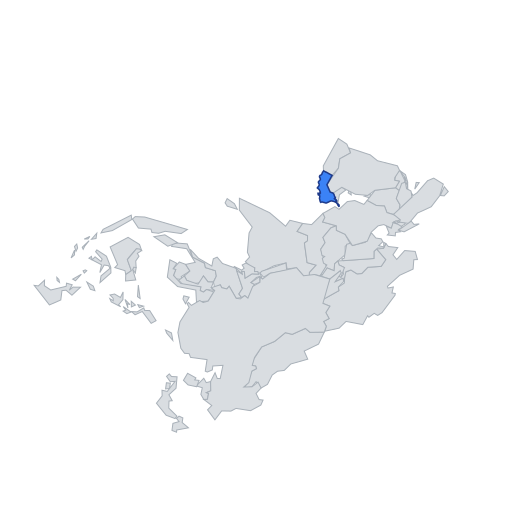 Oman on a map of Asia (Robinson projection), rotated 140°
{"feature_id": "OMN", "entity_name": "Oman", "entity_type": "country or territory", "adm_level": 0, "iso_a3": "OMN", "parent_name": "Asia", "parent_adm1": "", "projection": "robinson", "projection_center": [56.004, 21.502], "detail": "fine", "context": "in_parent", "style": "filled", "palette": "blue", "viewbox_px": 512, "rotation_deg": 140, "n_neighbors": 45, "source": "natural_earth", "source_scale": "50m", "svg_char_len": 15612}
<svg xmlns="http://www.w3.org/2000/svg" viewBox="0 0 512 512"><g transform="rotate(140 256 256)"><path d="M251.5,154.1L247.3,157.0L246.3,162.4L240.2,161.1L238.9,167.8L231.7,170.1L235.2,176.7L233.7,179.8L214.8,176.2L212.9,179.3L205.7,178.5L198.4,186.2L192.3,184.3L190.1,177.4L186.3,174.6L177.6,175.5L166.8,167.6L159.0,169.8L159.2,183.8L153.4,179.9L148.5,182.0L148.5,178.2L142.0,171.3L150.3,168.9L150.4,162.9L138.6,164.6L131.1,157.2L134.6,149.5L137.5,151.7L144.1,145.0L158.4,148.9L174.8,148.3L175.5,146.6L170.7,144.0L175.6,140.3L173.4,137.8L174.7,136.6L195.9,131.6L201.0,132.3L202.3,136.1L208.9,136.5L208.9,138.5L218.3,134.8L229.1,148.0L238.7,147.3L251.5,154.1Z" fill="#d9dde1" stroke="#a8b0b8" stroke-width="1"/><path d="M159.2,183.8L159.0,169.8L166.8,167.6L177.6,175.5L186.3,174.6L190.1,177.4L192.3,184.3L197.2,186.2L205.2,180.1L203.7,183.0L212.0,185.4L208.2,188.1L204.6,187.9L204.6,185.1L200.5,186.0L198.3,190.5L195.7,190.3L198.1,195.7L196.5,199.6L167.3,178.3L162.6,183.7L159.2,183.8Z" fill="#d9dde1" stroke="#a8b0b8" stroke-width="1"/><path d="M445.7,351.3L444.8,376.1L442.0,373.0L433.5,373.4L437.2,369.3L435.1,361.9L420.9,354.8L418.6,357.0L415.3,352.1L421.1,349.8L416.2,349.8L410.5,344.9L422.2,344.3L423.5,351.9L426.9,354.2L433.8,347.8L445.7,351.3ZM390.9,375.3L388.9,380.0L385.6,380.4L387.5,376.8L390.9,375.3ZM422.3,367.7L422.1,364.8L423.5,362.1L424.1,365.1L422.3,367.7ZM367.7,325.5L365.8,329.0L371.6,337.9L367.6,338.3L361.9,356.7L342.0,352.5L337.8,339.7L340.1,333.7L343.0,338.4L354.1,336.7L356.9,335.9L360.9,324.9L367.7,325.5ZM401.5,354.3L410.2,353.1L411.3,356.1L401.5,354.3ZM398.0,355.8L395.7,355.1L395.1,353.5L398.5,353.3L398.0,355.8ZM401.7,333.0L404.3,337.0L402.3,344.8L400.0,337.5L401.7,333.0ZM378.0,336.3L392.6,335.9L387.5,340.4L375.7,340.4L375.2,343.3L378.1,346.7L386.3,343.7L380.0,348.6L385.4,361.7L382.3,361.5L384.0,358.4L379.8,358.8L378.2,351.4L375.9,352.5L376.1,362.4L374.0,363.0L370.7,352.0L374.5,340.7L378.0,336.3ZM376.7,379.4L370.7,377.8L373.8,377.1L376.7,379.4ZM374.0,375.0L381.0,373.6L384.1,372.2L383.5,374.4L374.0,375.0ZM367.3,372.2L371.3,374.6L363.3,375.8L367.3,372.2ZM327.7,363.8L349.7,367.8L359.9,373.3L356.0,374.7L325.3,367.5L327.7,363.8ZM319.2,344.1L328.1,353.0L326.9,363.7L323.2,363.8L316.2,357.4L291.5,320.4L298.9,321.3L309.7,333.3L316.0,336.0L320.6,340.9L319.2,344.1Z" fill="#d9dde1" stroke="#a8b0b8" stroke-width="1"/><path d="M391.2,377.2L394.3,373.5L398.9,373.4L391.2,377.2Z" fill="#d9dde1" stroke="#a8b0b8" stroke-width="1"/><path d="M94.7,214.3L91.6,219.7L90.9,228.7L89.2,222.2L92.3,215.1L94.7,214.3Z" fill="#d9dde1" stroke="#a8b0b8" stroke-width="1"/><path d="M97.4,210.8L92.4,215.0L97.0,209.3L97.4,210.8Z" fill="#d9dde1" stroke="#a8b0b8" stroke-width="1"/><path d="M93.6,217.7L91.4,221.6L92.5,217.1L93.6,217.7Z" fill="#d9dde1" stroke="#a8b0b8" stroke-width="1"/><path d="M93.6,217.7L104.2,213.9L105.3,218.6L98.1,221.1L101.1,224.9L94.6,229.9L90.9,228.7L93.6,217.7Z" fill="#d9dde1" stroke="#a8b0b8" stroke-width="1"/><path d="M144.7,248.8L152.7,249.3L160.1,243.2L156.0,255.5L146.1,253.5L144.7,248.8Z" fill="#d9dde1" stroke="#a8b0b8" stroke-width="1"/><path d="M142.2,246.8L142.0,244.1L143.8,241.6L144.8,245.1L142.2,246.8Z" fill="#d9dde1" stroke="#a8b0b8" stroke-width="1"/><path d="M131.1,226.6L134.6,232.3L128.6,230.2L131.1,226.6Z" fill="#d9dde1" stroke="#a8b0b8" stroke-width="1"/><path d="M105.3,218.6L104.2,213.9L111.5,209.9L112.8,202.6L117.7,198.6L123.9,199.5L127.8,205.1L125.5,211.7L131.4,217.4L135.2,227.1L122.6,229.9L105.3,218.6Z" fill="#d9dde1" stroke="#a8b0b8" stroke-width="1"/><path d="M315.3,294.8L316.3,287.0L326.5,288.3L327.9,285.7L331.8,289.7L331.7,294.2L326.2,297.2L327.7,299.5L318.6,300.7L315.3,294.8Z" fill="#d9dde1" stroke="#a8b0b8" stroke-width="1"/><path d="M323.7,286.8L316.3,287.0L315.3,294.8L306.7,290.2L304.4,306.1L314.5,317.6L311.2,319.6L300.9,309.5L305.3,295.9L300.1,283.6L302.2,279.6L296.6,270.9L299.3,266.1L305.3,263.4L309.4,267.0L309.1,274.5L316.0,271.4L321.3,274.8L324.7,281.9L323.7,286.8Z" fill="#d9dde1" stroke="#a8b0b8" stroke-width="1"/><path d="M330.9,287.1L323.7,286.8L324.7,281.9L318.5,271.7L309.1,274.5L309.4,267.0L305.3,263.4L310.6,260.5L309.8,256.1L315.4,262.1L319.4,262.1L321.0,265.4L318.1,267.8L330.3,280.6L330.9,287.1Z" fill="#d9dde1" stroke="#a8b0b8" stroke-width="1"/><path d="M305.3,263.4L299.3,266.1L296.6,270.9L302.2,279.6L300.1,283.6L305.3,295.9L302.1,303.4L301.5,291.2L296.3,276.7L290.5,281.3L286.5,280.1L286.5,271.8L279.2,259.4L287.1,239.9L293.5,237.9L293.7,233.4L298.4,236.3L296.0,250.1L299.5,249.5L302.6,253.7L301.9,256.9L308.3,257.9L305.3,263.4Z" fill="#d9dde1" stroke="#a8b0b8" stroke-width="1"/><path d="M321.4,301.3L327.7,299.5L326.2,297.2L331.7,294.2L331.3,283.3L318.1,267.8L321.0,265.4L319.4,262.1L315.4,262.1L311.5,255.6L321.6,252.2L331.1,259.1L324.0,268.6L335.7,283.0L337.5,296.8L324.4,308.5L321.4,301.3Z" fill="#d9dde1" stroke="#a8b0b8" stroke-width="1"/><path d="M388.2,179.7L387.2,185.4L381.8,189.6L385.3,194.9L374.6,195.9L375.5,191.0L371.5,189.0L373.3,186.5L377.3,181.8L381.8,183.2L380.7,181.2L385.4,177.4L388.2,179.7Z" fill="#d9dde1" stroke="#a8b0b8" stroke-width="1"/><path d="M379.6,197.3L385.5,194.0L390.9,200.9L391.5,207.4L383.8,210.1L380.4,201.2L382.6,200.5L379.6,197.3Z" fill="#d9dde1" stroke="#a8b0b8" stroke-width="1"/><path d="M252.6,153.8L264.7,148.3L280.2,152.2L282.7,143.7L298.7,150.9L307.9,150.2L313.6,153.9L320.1,154.4L329.7,150.3L337.0,151.6L336.7,159.7L343.2,158.4L349.5,162.2L333.1,170.5L328.0,169.4L327.0,171.9L329.2,174.6L325.7,177.9L310.1,182.7L296.6,178.6L282.8,178.4L278.6,172.7L264.7,168.8L263.7,162.8L252.6,153.8Z" fill="#d9dde1" stroke="#a8b0b8" stroke-width="1"/><path d="M293.7,233.4L293.5,237.9L287.1,239.9L280.3,257.2L278.2,251.1L276.9,253.6L274.9,251.6L278.6,246.0L270.5,244.9L265.7,240.4L264.7,243.0L267.2,245.0L264.6,247.8L266.7,248.8L267.8,258.5L261.6,259.3L260.2,264.4L246.5,278.1L240.3,280.6L239.3,301.8L231.6,310.9L217.7,280.3L214.2,259.8L207.1,261.6L199.3,250.9L208.7,248.4L203.4,238.5L206.8,234.5L210.6,234.8L221.1,218.1L215.8,210.3L225.7,209.0L228.5,205.8L232.3,210.3L232.5,221.0L240.5,226.1L237.5,231.4L248.3,236.9L264.0,240.5L265.8,234.1L266.4,237.9L269.5,239.3L276.9,238.9L275.5,235.3L289.3,228.9L290.1,232.9L293.7,233.4Z" fill="#d9dde1" stroke="#a8b0b8" stroke-width="1"/><path d="M278.2,251.1L279.6,262.4L276.0,254.4L272.9,254.3L272.4,258.0L268.2,257.1L264.6,247.8L267.2,245.0L264.7,243.0L265.7,240.4L270.5,244.9L278.6,246.0L274.9,251.6L276.9,253.6L278.2,251.1Z" fill="#d9dde1" stroke="#a8b0b8" stroke-width="1"/><path d="M275.5,235.3L276.9,238.9L266.4,237.9L269.9,233.3L275.5,235.3Z" fill="#d9dde1" stroke="#a8b0b8" stroke-width="1"/><path d="M263.8,234.9L264.0,240.5L261.3,240.6L237.5,231.4L241.8,225.2L256.3,233.7L263.8,234.9Z" fill="#d9dde1" stroke="#a8b0b8" stroke-width="1"/><path d="M228.5,205.8L225.7,209.0L215.8,210.3L221.1,218.1L210.6,234.8L206.8,234.5L203.4,238.5L208.7,248.4L199.3,250.9L193.2,244.3L177.3,245.6L178.5,241.2L183.1,239.2L175.0,227.5L180.5,229.4L192.8,227.2L194.5,221.8L202.1,219.6L209.3,202.0L219.6,199.6L223.2,204.3L228.5,205.8Z" fill="#d9dde1" stroke="#a8b0b8" stroke-width="1"/><path d="M186.8,199.7L200.8,199.5L205.6,194.5L209.2,201.1L213.5,198.2L219.6,199.6L207.5,203.6L208.9,207.1L206.7,211.6L203.7,211.5L205.1,214.0L202.1,219.6L194.5,221.8L192.8,227.2L180.5,229.4L175.0,227.5L177.9,224.0L173.8,215.4L175.8,205.2L181.4,206.2L186.8,199.7Z" fill="#d9dde1" stroke="#a8b0b8" stroke-width="1"/><path d="M196.5,199.6L198.1,195.7L195.7,190.3L204.6,185.1L205.9,187.8L201.2,190.5L214.3,190.9L218.9,198.5L209.2,201.1L205.6,194.5L200.8,199.5L196.5,199.6Z" fill="#d9dde1" stroke="#a8b0b8" stroke-width="1"/><path d="M205.2,180.1L212.9,179.3L214.8,176.2L233.7,179.8L214.3,190.9L201.2,190.5L201.4,188.3L212.0,185.4L203.7,183.0L205.2,180.1Z" fill="#d9dde1" stroke="#a8b0b8" stroke-width="1"/><path d="M148.5,182.0L153.4,179.9L157.6,183.9L162.6,183.7L167.3,178.3L192.3,196.4L192.3,198.7L189.9,197.6L179.0,206.7L175.8,205.2L175.4,202.0L163.4,196.2L152.7,199.4L152.6,192.7L149.0,188.6L149.7,185.4L155.3,185.1L152.3,180.7L149.4,184.4L148.5,182.0Z" fill="#d9dde1" stroke="#a8b0b8" stroke-width="1"/><path d="M135.2,227.1L131.4,217.4L125.5,211.7L127.8,205.1L122.3,196.4L122.2,190.9L128.4,193.5L134.5,190.3L137.9,197.9L143.0,200.6L152.4,200.2L161.2,195.8L175.4,202.0L173.8,215.4L177.9,224.0L175.0,227.5L183.1,239.2L178.5,241.2L177.3,245.6L163.8,243.1L162.4,238.4L151.1,239.0L144.7,235.0L140.2,226.2L135.2,227.1Z" fill="#d9dde1" stroke="#a8b0b8" stroke-width="1"/><path d="M94.2,216.5L97.4,210.8L95.5,206.2L98.5,200.8L116.3,199.2L112.8,202.6L111.5,209.9L97.7,218.0L94.2,216.5Z" fill="#d9dde1" stroke="#a8b0b8" stroke-width="1"/><path d="M129.6,193.4L120.9,187.7L120.9,184.6L127.0,185.6L129.6,193.4Z" fill="#d9dde1" stroke="#a8b0b8" stroke-width="1"/><path d="M123.9,199.5L98.5,200.8L96.4,204.6L96.7,201.4L92.1,200.9L76.1,203.4L69.8,201.4L66.3,190.7L76.6,184.1L90.1,181.1L104.7,185.1L118.0,182.7L124.4,189.8L122.2,190.9L123.9,199.5ZM67.3,181.8L73.2,181.1L75.9,183.8L67.2,188.1L67.3,181.8Z" fill="#d9dde1" stroke="#a8b0b8" stroke-width="1"/><path d="M246.0,312.6L245.5,316.6L241.2,318.5L238.9,310.0L240.3,303.8L246.0,312.6Z" fill="#d9dde1" stroke="#a8b0b8" stroke-width="1"/><path d="M336.9,271.9L333.7,267.4L340.7,264.7L339.6,270.0L336.9,271.9ZM214.3,190.9L235.2,176.7L231.7,170.1L238.9,167.8L240.2,161.1L246.3,162.4L247.3,157.0L252.6,153.8L263.7,162.8L264.7,168.8L278.6,172.7L282.8,178.4L296.6,178.6L310.1,182.7L322.4,179.2L329.2,174.6L327.0,171.9L328.0,169.4L333.1,170.5L342.9,163.6L349.6,163.5L343.2,158.4L335.5,158.1L337.0,151.6L344.3,150.7L345.9,144.0L343.2,141.1L348.1,138.7L359.6,141.0L369.3,152.1L374.9,153.3L381.9,159.4L392.8,156.9L392.0,169.3L386.0,169.9L388.2,179.7L385.4,177.4L380.7,181.2L381.8,183.2L377.3,181.8L371.5,189.0L362.4,192.9L364.4,187.1L362.2,185.1L351.6,193.5L359.8,199.5L362.7,196.8L367.9,198.4L368.9,200.4L360.1,208.1L371.3,220.4L370.0,224.2L373.3,227.4L372.9,233.6L365.0,247.6L356.6,254.4L340.2,259.7L339.5,263.7L337.6,263.9L337.2,259.7L327.7,258.1L326.4,254.3L321.6,252.2L309.8,256.1L310.6,260.5L301.9,256.9L302.6,253.7L299.5,249.5L296.0,250.1L298.4,236.3L295.5,233.2L290.1,232.9L289.3,228.9L278.1,234.8L269.9,233.3L266.3,237.1L265.8,234.1L256.3,233.7L232.5,221.0L232.3,210.3L223.2,204.3L214.3,190.9Z" fill="#d9dde1" stroke="#a8b0b8" stroke-width="1"/><path d="M374.0,244.8L374.0,254.3L372.9,257.5L370.2,251.4L374.0,244.8Z" fill="#d9dde1" stroke="#a8b0b8" stroke-width="1"/><path d="M129.7,181.7L134.0,184.4L136.4,181.9L141.9,187.7L139.3,188.0L137.0,195.1L134.5,190.3L129.6,193.4L126.9,189.1L125.2,184.0L129.9,184.7L129.7,181.7ZM128.4,193.5L126.3,193.0L124.4,189.8L127.3,190.7L128.4,193.5Z" fill="#d9dde1" stroke="#a8b0b8" stroke-width="1"/><path d="M110.3,175.7L127.0,179.3L130.3,184.2L114.7,182.9L114.7,178.7L110.3,175.7Z" fill="#d9dde1" stroke="#a8b0b8" stroke-width="1"/><path d="M377.8,294.7L374.4,289.9L378.5,291.4L377.8,294.7ZM384.3,306.9L383.8,299.8L385.2,302.1L387.5,298.5L384.3,306.9ZM392.3,304.1L396.4,313.9L395.4,317.4L394.1,313.5L392.6,315.4L392.9,320.0L388.8,317.8L386.5,311.4L380.9,313.9L386.0,308.1L392.6,307.0L392.3,304.1ZM372.9,301.0L364.8,309.4L372.1,297.9L372.9,301.0ZM379.6,271.8L378.8,286.6L386.4,288.7L387.1,293.5L383.0,289.6L375.3,288.4L376.3,285.9L372.5,282.5L374.1,270.7L379.6,271.8ZM380.7,301.5L379.9,295.9L384.2,297.1L380.7,301.5ZM392.0,294.9L393.2,299.2L390.6,298.2L390.2,302.6L387.8,293.4L392.0,294.9Z" fill="#d9dde1" stroke="#a8b0b8" stroke-width="1"/><path d="M307.6,316.7L317.3,320.2L321.8,336.4L312.2,330.8L307.6,316.7ZM367.7,325.5L360.9,324.9L356.9,335.9L343.0,338.4L340.7,336.2L340.1,333.7L345.2,334.3L345.8,331.0L351.3,329.5L355.3,324.1L359.1,324.9L363.5,314.9L372.0,320.7L367.7,325.5Z" fill="#d9dde1" stroke="#a8b0b8" stroke-width="1"/><path d="M359.4,320.5L359.1,324.9L356.8,326.0L355.3,324.1L359.4,320.5Z" fill="#d9dde1" stroke="#a8b0b8" stroke-width="1"/><path d="M427.2,191.8L426.9,207.2L417.8,209.2L414.3,213.6L411.0,209.3L398.6,212.0L402.5,214.8L401.9,221.3L398.2,221.4L398.2,218.0L394.1,214.2L402.3,206.1L411.9,205.7L413.2,199.0L415.9,200.8L420.6,195.5L419.5,184.2L422.5,183.5L427.2,191.8ZM428.6,173.7L430.1,172.1L432.5,176.4L427.2,181.2L421.4,178.6L421.3,182.7L417.9,182.8L416.1,179.0L419.6,175.9L418.2,167.8L428.6,173.7ZM403.4,213.6L407.5,210.1L410.7,212.3L406.1,216.5L403.4,213.6Z" fill="#d9dde1" stroke="#a8b0b8" stroke-width="1"/><path d="M146.0,268.8L149.6,277.8L146.5,281.8L117.4,293.1L114.5,283.3L117.3,274.2L129.3,276.6L136.4,270.3L146.0,268.8Z" fill="#d9dde1" stroke="#a8b0b8" stroke-width="1"/><path d="M91.0,229.3L99.4,226.8L101.1,224.9L98.1,221.1L105.3,218.6L122.6,229.9L131.5,230.6L140.2,239.4L146.1,253.5L156.6,254.6L158.2,257.3L155.9,265.0L136.4,270.3L129.3,276.6L117.3,274.2L115.2,278.9L103.5,260.1L101.7,250.9L89.7,234.2L91.0,229.3Z" fill="#d9dde1" stroke="#a8b0b8" stroke-width="1"/><path d="M91.4,205.2L86.0,209.4L83.8,207.3L91.4,205.2Z" fill="#d9dde1" stroke="#a8b0b8" stroke-width="1"/><path d="M149.5,277.8L149.3,277.3L149.1,276.8L148.9,276.3L148.7,275.8L148.6,275.4L148.4,275.3L148.2,274.9L148.1,274.5L147.9,274.2L147.8,273.8L147.6,273.4L147.5,273.0L147.4,272.6L147.2,272.2L147.1,271.9L146.9,271.5L146.8,271.1L146.6,270.7L146.5,270.3L146.3,270.0L146.2,269.6L146.1,269.2L145.9,268.8L146.4,268.6L146.9,268.4L147.5,268.2L148.1,268.0L148.7,267.8L149.2,267.5L149.8,267.3L150.4,267.1L150.9,266.9L151.5,266.7L152.1,266.4L152.7,266.2L153.2,266.0L153.8,265.8L154.4,265.6L154.9,265.4L155.5,265.1L155.9,265.0L156.0,264.5L156.1,264.1L156.3,263.6L156.4,263.2L156.5,262.8L156.6,262.4L156.7,262.0L156.9,261.5L157.0,261.1L157.1,260.7L157.2,260.3L157.4,259.8L157.5,259.4L157.6,259.0L157.7,258.6L157.8,258.2L158.0,257.7L158.1,257.3L157.9,257.0L157.6,256.5L157.3,255.9L157.0,255.5L156.8,255.1L156.6,254.7L156.6,254.1L156.6,253.8L156.6,253.4L156.8,252.8L157.1,252.1L157.3,251.6L157.5,251.1L157.6,250.8L157.7,250.4L157.7,250.2L157.5,249.9L157.8,249.7L158.3,249.6L158.5,249.6L158.9,249.6L159.2,249.5L159.2,249.4L159.1,249.2L159.0,248.9L158.6,248.9L158.6,248.4L158.6,248.1L158.5,247.8L158.5,247.5L158.6,247.3L158.6,247.1L158.6,246.7L158.6,246.4L158.7,246.2L158.8,246.1L159.0,246.0L159.3,246.1L159.3,246.4L159.2,246.4L159.3,246.7L159.5,246.9L159.8,246.7L160.1,246.4L160.3,246.2L160.5,246.0L160.9,247.0L161.4,247.9L161.8,248.4L162.3,249.1L162.9,249.8L163.3,250.0L164.6,250.5L165.3,250.6L166.2,250.8L166.9,251.2L167.1,251.2L167.5,251.1L168.4,251.6L168.6,252.0L168.8,252.3L169.1,252.6L169.2,253.0L169.8,253.6L170.2,254.3L170.6,254.8L170.9,255.1L171.4,255.3L171.9,255.4L171.9,255.7L171.9,256.2L171.8,256.5L171.4,257.1L171.3,257.5L170.9,258.2L170.4,259.3L170.2,259.5L169.4,260.1L168.8,260.7L168.1,261.9L167.6,263.1L167.4,263.4L167.0,263.5L166.8,263.5L166.6,263.4L166.6,263.0L166.7,262.7L166.4,262.7L166.2,262.8L165.7,263.7L165.4,264.1L165.4,264.5L165.2,265.2L165.0,265.7L164.9,266.2L164.9,266.5L165.1,267.2L165.1,267.8L165.2,268.2L165.3,268.7L165.0,268.9L164.8,269.0L164.0,269.0L163.2,269.2L162.4,269.5L162.0,269.7L161.4,270.4L161.1,272.0L160.5,272.7L160.2,272.8L159.2,272.9L158.0,273.1L157.5,273.2L156.8,274.2L156.7,274.5L156.9,274.7L156.9,275.0L156.5,275.8L156.1,276.3L155.2,276.6L154.8,276.4L154.5,276.3L153.9,276.3L152.8,276.4L152.4,276.8L151.8,277.0L151.3,277.4L150.3,277.5L149.5,277.8ZM160.2,243.4L160.2,243.5L159.9,243.4L159.7,243.3L159.7,243.0L159.8,242.7L159.8,242.3L159.8,241.9L159.6,241.8L159.8,241.3L159.9,241.2L160.0,241.2L160.3,241.2L160.4,240.9L160.5,240.7L160.7,240.8L160.6,241.3L160.6,241.7L160.5,242.8L160.3,243.0L160.2,243.4ZM168.3,264.1L168.1,264.2L168.0,263.7L168.5,263.1L168.8,262.4L169.0,263.0L168.6,263.4L168.4,264.0L168.3,264.1ZM160.2,245.0L159.9,245.1L160.0,244.9L160.0,244.7L160.2,244.8L160.2,245.0Z" fill="#3b82f6" stroke="#1e3a8a" stroke-width="1.5"/></g></svg>